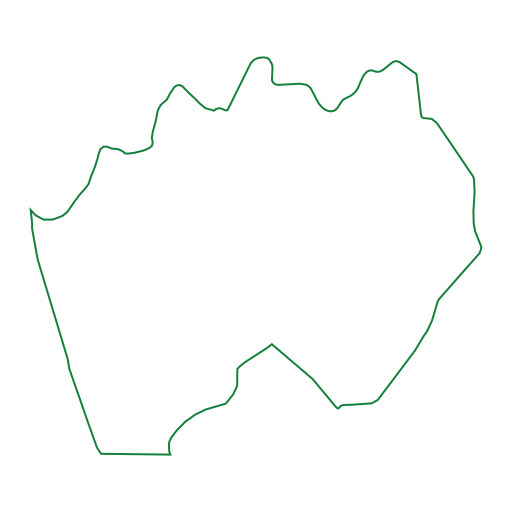 outline of South Kordufan
{"feature_id": "SDN-882", "entity_name": "South Kordufan", "entity_type": "State", "adm_level": 1, "iso_a3": "SDN", "parent_name": "Sudan", "parent_adm1": "", "projection": "equal_earth", "projection_center": [29.886, 11.03], "detail": "fine", "context": "isolated", "style": "outline", "palette": "green", "viewbox_px": 512, "rotation_deg": 0, "n_neighbors": 0, "source": "natural_earth", "source_scale": "10m", "svg_char_len": 2163}
<svg xmlns="http://www.w3.org/2000/svg" viewBox="0 0 512 512"><path d="M450.4,142.9L473.3,176.7L473.5,177.4L473.9,179.2L474.1,180.6L474.6,192.5L473.4,211.3L473.7,223.4L475.1,231.3L481.3,246.8L480.9,249.7L479.5,253.3L459.1,276.3L438.8,299.4L437.7,301.5L432.0,320.7L426.7,331.9L424.3,335.1L414.8,350.8L396.3,375.4L377.7,400.0L371.6,403.3L353.0,404.7L343.2,405.0L342.1,405.4L340.4,406.2L339.4,407.5L338.2,408.5L337.0,407.9L335.6,406.6L312.6,379.0L292.2,361.6L271.8,344.2L267.9,347.4L244.7,362.4L240.0,366.2L237.3,369.0L237.2,385.8L233.2,394.3L225.9,403.6L205.8,409.5L195.4,414.5L184.8,422.1L183.1,424.0L176.5,430.7L170.9,438.1L169.1,442.6L169.0,447.6L169.3,451.7L170.4,454.6L135.7,454.2L101.1,453.8L97.0,447.6L88.2,423.0L82.2,405.7L69.3,368.7L67.7,359.1L37.6,259.2L32.1,228.7L32.1,228.2L32.1,223.3L30.7,210.0L35.6,215.3L43.4,219.6L52.5,219.6L57.9,217.7L62.5,215.9L67.0,212.2L70.2,207.9L73.9,202.4L79.8,194.5L84.8,189.0L88.5,184.1L91.2,176.1L94.9,166.9L97.6,158.4L98.6,154.1L100.4,149.2L103.6,146.7L107.2,146.7L111.8,148.6L118.1,149.2L122.2,151.0L125.4,153.5L129.0,153.5L134.0,152.9L144.0,150.4L149.5,148.0L152.2,145.5L152.7,141.8L151.8,138.2L152.7,132.1L155.9,120.4L157.7,110.7L160.5,105.2L163.2,102.7L166.8,99.7L170.0,93.5L174.1,87.4L176.4,85.6L179.6,85.0L182.3,86.2L188.2,92.3L194.1,97.8L199.5,103.3L205.4,108.2L213.9,110.6L216.2,109.0L218.9,108.2L220.9,108.5L222.6,109.1L224.3,109.9L225.8,110.4L227.5,110.2L250.7,63.3L253.8,60.0L257.0,58.3L260.5,57.6L263.7,57.4L266.3,57.8L267.5,58.3L268.4,58.8L269.0,59.3L269.9,60.5L271.4,63.2L272.0,64.5L272.3,65.9L272.5,67.7L272.0,79.2L272.2,80.9L273.0,82.4L275.1,84.2L277.7,84.9L300.1,83.7L306.5,84.9L308.8,86.2L310.8,88.4L318.2,102.6L320.7,105.9L324.0,109.0L327.0,110.5L329.2,111.2L331.4,111.3L333.7,110.9L336.0,109.5L337.9,107.3L341.5,101.7L342.4,100.5L343.4,99.6L345.0,98.6L350.0,96.2L352.8,94.3L355.6,91.6L357.8,88.4L362.5,77.4L364.5,74.2L366.9,71.7L369.6,70.5L371.8,70.4L376.3,71.8L378.3,71.8L380.2,71.4L382.9,70.0L392.7,62.1L395.3,61.2L397.2,61.3L399.4,62.0L416.4,74.1L420.9,113.8L421.3,115.6L421.8,117.1L423.0,117.8L424.3,118.1L431.9,119.0L437.0,123.2L450.4,142.9Z" fill="none" stroke="#15803d" stroke-width="2"/></svg>